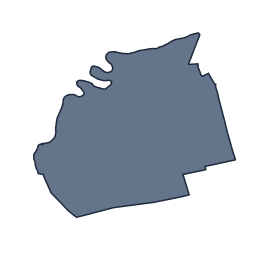 outline of Secusigiu, Arad, Romania, rotated 348°
{"feature_id": "2599482B2684456974434", "entity_name": "Secusigiu", "entity_type": "district", "adm_level": 2, "iso_a3": "ROU", "parent_name": "Romania", "parent_adm1": "Arad", "projection": "natural_earth1", "projection_center": [20.991, 46.095], "detail": "fine", "context": "isolated", "style": "filled", "palette": "slate", "viewbox_px": 256, "rotation_deg": 348, "n_neighbors": 0, "source": "geoboundaries", "source_scale": "gbopen_adm2", "svg_char_len": 4507}
<svg xmlns="http://www.w3.org/2000/svg" viewBox="0 0 256 256"><g transform="rotate(348 128 128)"><path d="M173.5,201.9L173.5,200.6L172.1,184.9L195.4,184.9L195.4,181.6L224.0,181.5L225.8,181.5L226.2,181.5L226.4,181.4L226.5,181.2L225.5,171.4L225.2,166.1L224.3,152.6L223.9,138.9L223.8,138.0L223.4,128.7L222.9,118.1L222.9,112.4L222.6,109.1L222.3,106.3L222.4,105.5L222.3,105.2L222.3,104.9L222.6,104.4L222.9,103.9L223.0,103.7L222.9,103.4L222.3,103.1L222.0,103.0L221.5,101.6L220.2,97.9L218.0,91.3L211.4,92.9L210.5,91.2L210.3,90.5L210.1,89.8L210.2,89.2L209.4,84.2L209.2,82.9L209.3,82.6L209.4,82.4L209.5,82.1L209.6,81.6L209.6,80.9L209.7,79.8L201.3,78.5L200.5,78.0L204.4,72.1L208.8,65.2L209.8,63.7L217.2,52.5L217.6,51.4L217.0,50.3L216.6,49.6L212.0,49.7L208.1,50.0L207.1,50.3L206.5,50.5L205.9,50.7L204.6,51.0L203.2,51.3L200.9,51.5L199.6,51.5L198.0,51.4L197.0,51.4L196.5,51.3L196.1,51.4L193.8,51.3L192.5,51.4L190.1,51.8L187.7,52.5L185.3,53.5L181.1,54.6L180.6,54.5L180.0,55.0L178.5,55.3L176.5,55.3L175.4,55.2L174.5,55.7L173.6,56.1L172.7,56.2L171.5,56.2L171.0,55.9L169.6,55.6L168.2,55.3L165.9,55.1L160.3,54.9L158.1,54.8L155.9,54.7L153.3,54.8L149.6,55.4L146.1,55.3L144.8,55.5L144.2,55.6L143.0,55.5L142.7,55.2L140.8,54.6L139.0,54.2L137.4,53.6L135.6,52.8L133.1,51.8L131.6,50.9L131.0,50.8L130.7,50.5L130.2,50.5L128.3,50.3L127.0,50.0L126.0,50.0L125.2,50.0L124.0,50.5L122.7,51.4L121.8,52.2L121.1,53.6L121.0,54.4L120.9,55.4L121.2,56.6L121.8,58.1L122.9,59.9L124.2,61.3L124.9,62.2L125.2,62.9L125.3,63.7L125.4,64.6L125.5,65.5L125.4,66.0L125.3,66.7L125.3,67.3L124.9,68.0L124.6,68.3L123.9,68.6L123.5,68.7L122.8,69.3L121.5,69.5L120.8,69.5L120.0,69.5L119.2,69.4L118.4,69.2L117.9,69.0L117.6,68.7L117.5,68.4L116.9,68.4L116.2,67.8L116.2,67.3L115.5,66.8L115.0,66.2L114.5,65.6L113.9,64.7L113.5,64.2L112.7,63.3L112.1,62.8L111.7,62.5L111.3,62.2L110.5,61.8L109.3,61.1L108.8,60.9L107.8,60.5L106.7,60.1L106.0,60.4L105.3,60.6L104.3,61.8L104.2,62.3L104.0,62.9L103.0,64.3L102.4,65.7L102.6,67.4L103.0,68.8L104.5,70.1L105.6,70.9L106.9,72.3L108.6,73.8L110.6,74.9L112.9,76.0L114.5,76.7L116.7,77.1L118.7,77.3L119.6,77.5L120.5,78.1L121.0,78.6L121.7,79.0L121.5,79.4L121.2,79.5L121.2,80.2L120.7,81.0L120.5,81.5L119.7,82.4L118.5,82.8L117.5,83.2L117.1,83.7L116.6,83.9L115.7,84.3L115.4,84.5L114.7,84.8L114.0,85.0L113.1,85.2L112.3,84.9L111.4,84.4L110.5,84.0L109.6,83.5L108.8,82.9L108.0,82.7L106.0,81.7L105.0,81.0L103.8,80.2L103.2,79.5L102.4,78.1L102.2,77.1L100.9,76.4L99.5,75.1L98.5,74.6L96.6,73.7L95.4,73.0L93.0,72.0L91.1,71.4L89.9,71.3L89.2,71.5L87.9,72.1L87.3,72.5L87.1,72.9L87.1,73.3L87.1,73.8L87.2,74.8L87.3,75.5L87.6,76.3L87.9,76.9L88.1,77.1L88.3,77.3L89.2,78.0L89.7,78.6L90.2,79.4L90.7,80.2L91.1,81.4L91.5,82.2L92.0,83.0L92.2,84.0L92.3,84.7L92.2,85.1L91.7,85.9L90.9,86.6L90.3,86.9L89.7,87.0L89.0,87.2L88.3,87.3L86.9,87.4L86.2,87.1L85.7,86.8L85.0,86.4L84.3,85.9L83.6,85.1L82.4,84.2L81.6,84.0L80.6,83.7L79.0,83.4L77.7,83.2L75.8,83.3L74.9,83.5L74.3,83.6L73.5,84.0L73.1,84.2L71.6,85.4L71.0,86.0L70.5,87.1L69.9,89.0L69.5,90.0L69.5,90.7L69.3,91.2L68.9,91.7L68.3,92.4L68.0,93.0L67.8,93.5L67.6,94.0L67.2,94.8L66.3,95.8L65.9,96.2L65.4,96.9L65.4,97.3L64.8,98.1L64.5,98.5L64.2,98.8L63.5,99.7L63.1,100.5L62.6,101.2L62.0,101.8L61.5,102.6L61.1,103.1L60.7,103.6L60.3,104.7L59.5,106.8L59.3,107.3L59.1,107.4L59.1,107.7L59.0,108.1L58.9,108.3L58.9,108.6L58.2,110.3L57.8,111.3L57.6,112.1L57.3,112.7L57.1,114.0L56.8,114.8L56.7,115.9L56.7,116.8L56.4,117.7L55.9,118.7L55.4,120.1L54.9,121.1L53.7,122.4L52.9,123.0L51.3,124.1L50.4,124.6L49.5,125.1L48.3,125.7L47.5,125.7L45.5,125.7L43.9,125.7L42.7,125.8L41.5,126.1L40.8,126.4L40.6,126.0L40.7,125.7L41.0,125.4L40.6,125.4L39.4,125.7L38.5,125.7L37.7,125.9L36.9,126.1L36.5,126.6L36.3,126.9L35.6,128.4L35.2,129.1L34.7,129.8L33.8,130.7L33.2,131.4L32.5,132.4L32.1,132.6L31.6,132.9L30.8,133.7L30.3,134.6L30.2,135.0L30.0,135.8L29.9,136.6L29.8,137.3L29.5,138.0L29.5,138.7L29.5,139.4L29.7,140.1L29.9,141.2L30.0,141.7L30.2,142.1L30.1,142.4L30.0,142.6L29.8,143.5L29.7,144.1L29.7,145.2L29.7,146.0L29.8,147.7L29.9,148.6L30.1,149.3L30.4,149.9L30.5,150.9L30.7,152.6L30.7,153.2L30.7,153.8L32.5,154.8L35.2,155.5L35.5,157.3L35.6,157.9L35.6,158.1L35.9,159.2L36.8,163.7L38.0,169.2L39.3,175.4L40.3,177.0L42.4,180.4L44.0,182.9L46.8,187.4L49.8,192.3L52.2,196.2L55.4,200.3L59.0,204.6L67.6,204.3L77.7,203.8L82.7,203.6L85.0,203.5L91.1,203.2L95.0,203.0L97.3,202.9L103.8,203.4L111.4,204.0L120.2,204.7L129.5,205.4L137.4,206.1L139.2,206.1L147.5,206.2L157.1,206.3L166.2,206.4L173.9,206.1L173.5,201.9Z" fill="#64748b" stroke="#1e293b" stroke-width="1.5"/></g></svg>